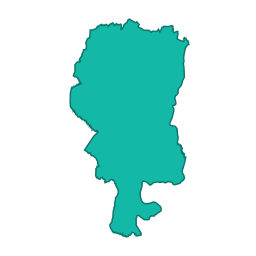 outline of Saboba, Northern, Ghana, rotated 4°
{"feature_id": "2480657B56307698722921", "entity_name": "Saboba", "entity_type": "district", "adm_level": 2, "iso_a3": "GHA", "parent_name": "Ghana", "parent_adm1": "Northern", "projection": "equal_earth", "projection_center": [0.158, 9.709], "detail": "fine", "context": "isolated", "style": "filled", "palette": "teal", "viewbox_px": 256, "rotation_deg": 4, "n_neighbors": 0, "source": "geoboundaries", "source_scale": "gbopen_adm2", "svg_char_len": 5796}
<svg xmlns="http://www.w3.org/2000/svg" viewBox="0 0 256 256"><g transform="rotate(4 128 128)"><path d="M99.2,26.2L97.0,27.4L96.8,26.9L95.7,27.4L94.5,26.5L93.9,27.3L93.6,26.9L92.9,27.3L91.4,28.9L90.8,29.1L90.6,28.8L89.9,29.8L90.0,30.3L89.0,31.2L85.3,32.9L83.5,32.8L83.6,40.7L82.9,40.7L81.2,42.1L80.0,46.0L80.7,48.4L81.0,51.8L79.8,52.7L78.1,53.2L78.1,55.0L76.9,57.7L76.8,58.3L77.2,58.4L77.2,59.1L76.1,60.5L75.9,61.3L75.5,61.5L74.8,63.1L74.8,64.4L75.8,64.2L76.0,65.3L75.8,65.0L75.4,65.5L74.4,65.8L72.9,65.7L70.7,68.4L71.2,75.8L70.2,78.0L69.9,79.7L71.3,80.6L72.6,80.3L72.9,80.7L73.8,80.9L74.7,82.5L75.4,82.9L75.8,84.2L76.2,84.3L76.2,85.1L77.6,85.8L78.1,86.9L77.0,87.7L76.7,86.9L75.8,88.3L75.3,88.5L75.2,87.9L74.4,89.0L73.8,89.2L73.6,88.9L73.0,89.8L72.4,89.8L71.5,90.5L71.2,90.3L71.0,90.9L70.1,91.2L69.8,91.9L69.2,91.4L68.7,92.2L68.8,93.4L68.1,96.5L68.5,106.1L69.1,110.5L70.2,112.5L71.1,112.6L71.7,114.0L72.3,114.0L72.3,115.0L72.8,114.5L73.1,115.1L73.5,114.8L73.7,116.1L74.3,115.9L74.7,116.4L74.6,117.5L74.9,118.0L76.2,118.9L76.2,119.3L76.4,118.9L77.1,120.1L77.9,120.5L78.4,120.2L79.4,120.4L79.7,121.0L80.1,120.5L80.5,121.3L80.7,121.1L81.1,121.3L81.0,122.0L81.7,122.8L82.0,122.6L82.0,123.1L82.2,122.7L83.9,123.2L84.2,123.6L85.2,123.4L85.1,123.9L85.5,123.7L86.3,124.7L86.0,125.4L86.8,125.7L86.7,126.5L87.8,126.9L88.1,126.7L88.1,127.6L88.7,127.4L89.4,128.0L89.4,128.5L89.8,128.0L90.0,128.5L90.5,128.5L90.4,129.0L90.7,129.1L90.4,129.4L90.5,129.8L91.0,129.4L91.4,130.0L91.2,130.4L91.6,130.5L91.3,131.1L91.6,130.8L92.4,131.3L92.4,131.9L92.7,131.5L93.4,131.8L93.4,132.2L94.8,132.8L95.0,133.3L95.4,133.2L95.7,133.5L96.7,132.9L96.8,133.4L97.4,133.3L97.3,133.9L98.1,134.1L98.3,133.8L98.5,134.1L94.7,138.3L86.2,153.0L87.0,153.2L87.5,153.9L88.5,153.9L89.2,155.0L89.6,155.0L90.2,156.0L91.0,155.5L91.8,156.0L92.2,155.8L92.2,156.4L92.6,156.8L92.6,157.3L93.3,157.5L93.5,158.2L95.2,158.1L96.0,158.5L96.7,159.5L97.1,159.5L98.3,160.5L99.2,162.3L99.7,162.6L100.1,164.4L100.6,165.3L100.2,165.7L100.8,166.4L100.9,168.3L101.4,168.3L100.8,168.8L99.8,168.5L99.8,169.4L98.7,171.3L99.2,172.9L99.0,173.9L99.1,177.8L99.8,179.2L100.4,179.9L101.1,179.4L101.6,180.3L102.9,181.2L103.8,180.8L104.0,180.0L104.7,179.4L106.0,179.2L106.4,180.5L108.6,181.0L108.8,181.9L108.5,183.1L108.8,184.1L112.1,182.6L112.6,182.7L114.8,180.5L115.6,180.4L116.4,181.2L116.9,181.0L118.4,182.6L118.8,183.6L118.8,184.4L119.9,184.6L119.9,186.3L122.0,189.4L122.7,191.4L122.8,193.7L121.9,196.6L120.5,198.4L120.5,200.2L120.1,202.6L120.2,207.4L119.5,208.0L119.7,209.5L119.0,212.6L119.3,213.7L119.1,214.7L119.2,218.3L118.6,220.2L118.6,222.3L116.8,225.5L116.9,227.3L117.8,229.5L118.8,230.8L119.3,231.0L119.6,232.2L120.3,232.8L120.8,232.5L121.5,233.6L122.5,233.3L122.7,232.9L123.7,233.5L124.1,233.2L124.5,233.8L125.4,233.7L126.4,234.3L127.3,233.9L127.6,234.6L127.9,234.3L129.4,234.8L129.7,234.3L129.7,234.9L130.0,234.7L129.8,235.0L130.3,235.8L131.1,235.4L131.4,235.9L131.7,235.5L132.4,236.1L132.7,235.9L132.9,236.4L133.5,236.5L133.7,236.1L134.3,236.7L135.8,236.2L136.2,234.7L137.9,234.7L139.3,231.9L141.2,232.1L141.8,232.9L142.3,233.0L142.2,233.9L142.5,234.2L143.6,234.1L143.8,235.1L148.3,234.0L148.5,232.8L148.3,231.9L143.0,224.3L142.4,218.3L143.1,214.8L144.7,214.4L150.5,218.3L154.2,218.1L155.4,217.6L155.9,215.5L156.7,214.2L160.5,213.9L161.1,212.5L162.4,212.1L163.0,211.2L166.6,208.5L166.8,207.3L166.5,205.4L165.5,203.8L160.9,200.5L158.7,200.0L155.1,201.6L150.7,202.4L148.4,201.5L147.1,200.4L146.2,198.7L145.2,195.8L144.7,191.0L146.0,185.2L146.1,183.1L145.8,181.9L146.1,180.6L147.3,179.9L150.2,180.5L153.8,183.4L155.3,182.8L156.6,181.1L160.7,179.6L163.3,180.1L166.4,179.3L169.1,180.1L171.2,178.8L173.8,178.7L175.7,179.3L177.0,181.0L178.8,181.3L183.6,179.5L184.7,178.0L186.9,176.1L187.9,173.9L187.0,171.5L185.6,169.4L184.9,167.4L186.8,159.2L187.6,153.0L186.9,152.9L186.6,153.6L186.1,153.5L185.7,152.1L186.2,150.9L185.6,150.6L185.8,150.1L185.7,149.5L185.0,149.2L184.7,150.0L183.9,150.1L183.8,149.5L184.1,148.7L183.4,148.7L183.6,147.9L183.2,147.9L183.3,147.0L182.7,146.8L182.7,146.2L183.1,146.4L183.0,145.8L183.6,144.7L182.9,143.6L182.7,144.0L182.0,143.7L181.8,143.0L182.2,142.6L181.9,142.0L182.1,141.8L180.8,140.8L180.5,141.2L180.4,140.9L179.2,140.4L178.5,140.9L178.3,138.0L178.7,134.1L177.8,131.0L177.1,125.7L176.2,124.4L175.2,123.4L174.9,123.5L175.1,123.3L174.8,123.0L170.6,122.6L169.4,121.4L169.2,120.5L171.0,115.6L172.4,108.4L172.4,105.9L171.5,104.5L171.1,102.6L171.6,102.0L173.0,102.0L174.1,100.6L173.7,98.1L172.6,95.5L172.9,92.7L174.2,91.7L175.5,89.7L175.3,86.8L175.5,85.4L177.9,82.1L178.7,79.8L179.1,77.0L180.7,73.2L179.7,65.0L179.4,65.0L179.6,64.9L179.6,63.8L178.7,59.9L179.2,57.3L178.6,54.3L178.7,51.4L179.4,45.9L180.0,43.7L181.4,41.2L182.8,40.4L182.5,40.0L182.5,39.0L181.7,36.9L180.7,36.5L179.3,34.4L178.5,34.4L178.2,33.9L177.8,34.0L177.5,35.2L177.9,37.2L177.4,37.9L176.3,37.4L174.5,37.3L171.0,35.8L170.8,34.6L171.2,30.9L170.9,28.3L169.6,28.3L168.4,29.3L166.9,29.5L166.1,28.6L166.1,27.8L165.7,27.6L166.1,27.0L166.5,27.5L166.2,26.4L165.9,26.4L166.1,25.6L165.4,24.8L165.7,23.5L165.1,23.5L164.8,22.8L160.8,24.1L156.9,24.0L156.3,24.8L154.9,25.2L154.9,26.4L154.3,26.9L153.9,28.4L153.2,29.0L153.0,29.9L152.6,29.7L152.8,28.8L152.4,28.9L151.8,28.0L151.8,28.4L150.8,28.3L150.4,29.2L149.4,29.8L145.9,29.7L144.4,31.0L142.4,29.2L136.5,29.3L134.8,27.9L131.6,27.0L130.9,26.4L131.9,23.9L130.4,22.7L129.9,21.8L129.2,21.5L128.4,22.2L127.6,22.2L121.7,19.3L120.5,20.3L119.5,22.9L117.0,25.0L116.6,25.8L116.5,27.2L115.4,29.1L114.9,29.3L114.3,30.8L114.2,26.8L113.9,25.4L113.4,24.9L112.4,25.5L111.7,25.4L111.1,25.9L109.1,24.7L108.6,25.3L108.5,26.2L107.9,26.2L107.5,26.6L105.9,24.5L105.2,24.3L104.7,25.3L104.3,24.9L103.6,25.1L103.4,25.6L102.8,25.8L102.3,26.8L101.7,26.7L101.2,27.5L101.2,27.1L100.3,27.3L99.2,26.2Z" fill="#14b8a6" stroke="#0f766e" stroke-width="1.5"/></g></svg>